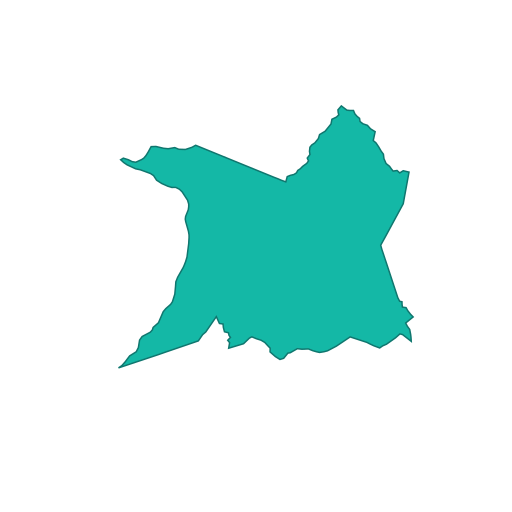 São José do Egito, Pernambuco, Brazil (orthographic projection), rotated 151°
{"feature_id": "56859067B74769239059488", "entity_name": "São José do Egito", "entity_type": "district", "adm_level": 2, "iso_a3": "BRA", "parent_name": "Brazil", "parent_adm1": "Pernambuco", "projection": "orthographic", "projection_center": [-37.263, -7.536], "detail": "fine", "context": "isolated", "style": "filled", "palette": "teal", "viewbox_px": 512, "rotation_deg": 151, "n_neighbors": 0, "source": "geoboundaries", "source_scale": "gbopen_adm2", "svg_char_len": 2537}
<svg xmlns="http://www.w3.org/2000/svg" viewBox="0 0 512 512"><g transform="rotate(151 256 256)"><path d="M430.5,224.8L389.3,217.1L381.1,215.7L347.6,209.7L340.8,213.1L336.8,213.9L320.1,222.2L320.7,214.7L317.8,212.5L319.2,209.3L320.3,205.0L317.3,202.2L318.1,199.6L317.8,197.2L321.6,196.0L321.1,193.0L324.6,188.6L309.4,185.3L301.6,187.4L298.8,187.3L295.9,183.6L292.4,179.9L290.2,176.1L289.2,171.9L288.3,168.5L290.2,165.3L287.8,158.6L285.2,153.9L281.4,153.1L275.2,155.6L273.0,154.8L264.8,154.9L261.0,152.2L255.2,149.3L252.2,145.6L249.4,142.8L247.1,140.8L242.9,139.3L239.4,138.4L229.4,138.2L221.0,138.9L212.9,139.6L200.9,126.7L199.1,124.0L196.5,120.4L192.4,115.6L188.8,116.0L184.6,115.6L173.6,116.8L167.9,118.1L165.9,116.2L161.6,106.1L159.8,109.9L158.7,112.6L157.2,117.2L157.7,121.2L157.6,124.8L152.7,125.7L148.1,126.5L149.1,130.2L149.8,134.7L149.8,138.1L152.7,140.3L151.7,142.9L150.5,145.2L152.3,146.8L152.2,150.7L145.2,187.4L144.8,189.7L143.5,196.5L142.8,200.4L141.7,205.0L132.6,210.7L127.1,214.2L120.4,218.5L101.9,230.3L81.5,255.2L85.9,259.2L90.0,259.0L91.2,262.4L94.9,263.8L95.4,266.6L95.7,269.7L97.4,273.8L96.9,279.1L95.2,283.3L95.7,287.1L95.8,292.0L96.2,296.7L97.5,300.1L91.5,307.0L92.9,309.4L94.2,311.8L95.2,316.3L98.4,319.8L99.8,323.2L98.7,326.2L99.9,329.1L100.6,332.4L100.2,336.0L103.7,338.0L105.8,339.5L108.6,345.9L113.5,344.1L114.5,341.8L115.2,339.3L118.3,338.5L123.3,338.8L126.4,335.1L135.1,331.6L141.5,331.4L144.5,328.5L149.7,326.4L153.4,326.1L156.1,325.0L158.5,321.6L159.6,318.6L163.7,316.8L164.0,313.7L166.7,312.4L171.7,311.8L175.2,310.8L178.0,310.6L180.3,309.1L183.3,308.9L186.9,309.9L190.2,310.3L194.0,306.4L197.4,310.3L199.3,312.8L202.0,316.0L229.0,349.6L255.1,382.1L259.2,382.1L266.1,383.4L271.8,386.8L274.5,390.2L280.8,392.4L284.7,395.1L290.4,400.3L294.7,402.5L299.9,399.2L303.5,397.2L306.7,396.0L309.2,395.8L311.9,396.0L315.7,396.3L318.6,398.6L320.9,402.0L324.6,405.9L327.7,405.8L326.4,401.9L324.6,398.3L319.0,390.6L315.4,387.5L308.3,379.3L306.6,376.0L306.2,370.5L303.3,365.1L299.3,359.8L296.4,356.8L292.9,354.9L290.6,351.5L289.5,347.9L288.8,338.0L289.7,334.0L291.0,331.7L292.9,329.2L298.4,324.7L300.0,322.5L300.8,320.2L303.1,310.4L304.3,307.0L305.6,304.6L308.9,299.4L316.9,288.5L320.4,285.1L323.3,282.7L325.3,281.2L334.8,275.4L338.6,272.3L341.0,268.6L345.5,262.0L351.4,256.4L354.1,255.1L360.4,253.7L364.1,252.3L373.7,244.9L380.6,243.4L382.5,241.6L385.4,240.6L394.6,240.8L398.6,238.9L403.3,232.9L407.2,230.3L414.9,229.9L421.6,226.9L426.4,225.2L430.5,224.8Z" fill="#14b8a6" stroke="#0f766e" stroke-width="1.5"/></g></svg>